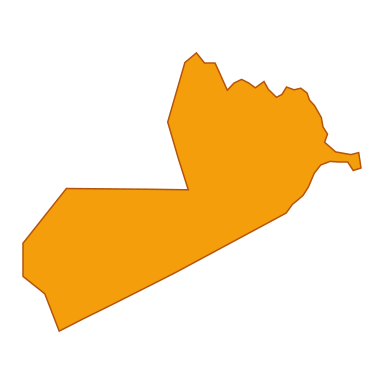 São João do Polêsine, Rio Grande do Sul, Brazil (Natural Earth projection)
{"feature_id": "56859067B22458483222443", "entity_name": "São João do Polêsine", "entity_type": "district", "adm_level": 2, "iso_a3": "BRA", "parent_name": "Brazil", "parent_adm1": "Rio Grande do Sul", "projection": "natural_earth1", "projection_center": [-53.44, -29.641], "detail": "fine", "context": "isolated", "style": "filled", "palette": "amber", "viewbox_px": 384, "rotation_deg": 0, "n_neighbors": 0, "source": "geoboundaries", "source_scale": "gbopen_adm2", "svg_char_len": 744}
<svg xmlns="http://www.w3.org/2000/svg" viewBox="0 0 384 384"><path d="M321.3,117.5L314.5,105.6L309.5,100.1L307.0,93.0L300.8,88.2L294.1,89.8L286.5,87.0L282.0,94.4L276.4,97.3L268.3,89.3L264.0,81.5L255.3,87.8L248.7,83.0L241.6,79.4L234.1,83.0L227.3,90.2L219.5,72.7L215.0,63.0L204.5,63.0L196.4,52.9L184.9,62.5L167.7,122.1L178.5,159.0L188.3,189.8L152.5,189.3L66.4,188.5L23.0,243.2L23.0,276.4L44.8,293.8L59.2,331.1L83.4,318.7L110.0,305.6L142.8,289.1L175.0,272.8L286.2,213.0L292.4,204.4L298.2,199.6L303.1,195.3L308.4,187.0L314.2,173.3L320.7,165.0L330.0,161.4L338.8,162.0L347.7,162.0L353.2,170.5L361.0,168.0L358.7,152.6L350.8,154.6L335.6,151.9L324.6,142.3L327.5,134.1L323.0,126.9L321.3,117.5Z" fill="#f59e0b" stroke="#b45309" stroke-width="1.5"/></svg>